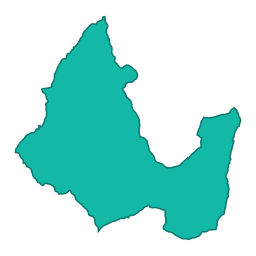 outline of Tasco, Boyacá, Colombia
{"feature_id": "7082276B19242876050337", "entity_name": "Tasco", "entity_type": "district", "adm_level": 2, "iso_a3": "COL", "parent_name": "Colombia", "parent_adm1": "Boyacá", "projection": "natural_earth1", "projection_center": [-72.717, 5.898], "detail": "fine", "context": "isolated", "style": "filled", "palette": "teal", "viewbox_px": 256, "rotation_deg": 0, "n_neighbors": 0, "source": "geoboundaries", "source_scale": "gbopen_adm2", "svg_char_len": 5792}
<svg xmlns="http://www.w3.org/2000/svg" viewBox="0 0 256 256"><path d="M45.8,183.0L47.6,183.9L49.2,184.0L50.9,184.4L51.5,184.9L51.9,185.7L52.8,185.9L53.4,186.3L53.9,187.1L54.7,187.8L54.5,188.8L55.3,191.1L56.2,191.7L57.7,191.9L59.0,194.2L60.2,193.9L62.0,194.0L65.4,193.4L67.6,192.1L69.1,190.5L69.9,190.4L70.3,190.7L71.6,193.4L74.0,194.9L74.9,195.8L75.9,199.4L76.6,200.5L81.5,204.5L82.3,205.6L83.6,206.7L84.7,207.9L86.0,208.8L86.7,209.5L88.0,211.7L88.7,214.3L89.4,215.5L90.9,215.6L91.3,216.2L91.8,216.1L93.0,216.6L94.3,217.9L94.5,218.7L95.3,224.1L95.7,224.7L98.0,227.2L98.3,228.5L98.3,231.2L99.9,229.2L103.4,225.9L109.6,222.9L111.0,222.0L116.4,220.5L119.7,218.7L121.7,218.3L124.1,218.5L124.8,218.3L125.3,217.4L126.5,216.9L126.8,216.9L127.7,217.6L128.2,217.8L128.7,217.7L129.0,216.4L129.6,216.0L130.0,215.7L133.6,215.1L134.7,214.5L138.0,212.5L140.0,210.5L142.3,209.6L143.5,208.0L145.2,206.8L148.2,205.6L149.2,205.5L149.8,207.0L151.7,207.7L152.9,207.8L155.1,207.4L159.7,208.5L163.1,210.0L165.2,210.1L165.2,216.0L165.7,218.0L165.8,219.2L165.7,221.1L166.1,222.4L164.3,225.2L163.3,227.1L163.3,228.5L163.9,229.2L168.4,231.8L171.1,232.1L172.2,232.6L175.9,235.4L182.8,238.8L186.6,238.7L188.5,239.4L189.0,239.4L191.5,238.2L194.7,237.7L198.7,236.1L199.6,235.5L201.0,233.9L201.5,232.2L202.0,231.9L206.2,231.7L207.6,231.0L208.7,230.0L214.9,229.6L216.0,229.3L216.2,228.5L216.3,226.8L216.8,226.1L217.1,224.9L217.2,223.8L217.0,222.2L218.4,219.0L220.8,216.3L221.1,215.5L221.5,215.1L223.5,214.4L224.2,213.6L224.5,210.2L224.9,209.6L225.0,208.5L225.4,207.9L225.8,206.1L225.6,204.9L226.2,203.3L226.2,202.1L226.6,201.4L226.9,199.1L227.4,197.3L228.1,197.2L228.4,196.4L228.3,195.3L227.8,194.0L227.9,193.7L228.4,193.3L228.4,192.5L228.1,192.0L228.6,191.4L228.5,190.4L229.1,188.9L228.6,188.0L228.6,186.8L228.1,185.8L228.1,184.4L227.7,183.9L227.5,183.2L227.6,182.4L227.9,181.3L227.2,179.8L227.3,179.1L226.5,178.6L225.9,176.6L225.9,175.9L226.6,173.7L227.5,172.4L227.5,171.1L228.0,170.3L227.8,168.9L228.4,166.5L228.7,164.1L229.8,163.1L229.8,162.1L229.5,161.3L229.5,160.8L230.7,159.5L230.7,158.8L230.0,157.8L230.1,157.0L229.9,156.0L230.6,154.5L230.7,153.2L231.2,150.8L231.8,149.5L232.9,144.3L233.4,143.2L233.2,142.0L233.9,141.6L233.7,140.6L232.8,139.9L232.4,139.3L233.9,136.9L234.1,134.6L235.3,131.2L235.9,130.3L237.6,127.0L239.2,126.0L239.6,123.6L240.6,121.0L240.6,120.0L239.8,117.7L238.9,117.0L238.8,115.5L238.6,115.4L238.7,115.0L238.0,113.8L238.0,113.3L237.7,113.1L237.8,112.6L237.3,112.6L237.2,111.7L236.7,110.1L236.2,109.6L235.3,109.5L235.0,109.1L234.8,108.3L234.3,107.8L232.1,109.1L231.3,109.7L230.4,111.1L229.8,112.8L228.9,113.4L225.1,114.4L221.6,114.7L212.5,117.5L209.4,117.9L207.9,117.9L206.5,117.6L204.7,117.6L203.8,117.2L201.3,121.8L200.0,126.6L197.7,132.3L197.1,135.0L198.8,135.8L199.5,136.4L200.0,137.2L201.6,138.0L200.8,142.0L201.1,147.1L198.8,148.0L191.2,154.8L190.0,156.3L189.6,157.6L188.7,158.6L187.8,157.6L181.9,163.3L179.5,165.3L178.4,165.8L170.9,167.8L169.0,167.9L167.6,167.8L165.2,166.8L161.8,163.8L156.7,162.2L155.1,160.4L154.1,156.9L153.5,155.7L149.4,150.8L148.7,148.2L148.3,145.7L147.4,143.0L147.3,141.5L146.8,140.6L145.2,138.9L144.0,137.9L141.2,137.0L140.0,137.0L139.3,133.2L139.1,129.6L139.8,124.6L139.3,122.3L139.2,120.0L138.2,117.1L135.6,112.7L135.1,112.4L134.6,111.6L132.9,109.8L132.0,107.2L131.8,104.5L130.7,100.8L128.0,98.2L127.3,97.9L127.2,97.4L126.7,97.1L126.6,96.5L126.4,96.4L126.3,95.8L125.5,94.1L125.4,93.4L124.2,92.4L123.9,91.7L124.0,91.2L123.0,90.2L122.4,89.0L122.6,88.5L123.1,88.3L123.3,87.7L123.9,87.4L124.3,87.4L124.9,86.9L125.3,85.7L125.3,84.8L125.6,84.7L125.7,84.3L125.9,84.3L126.0,83.5L127.2,83.0L127.5,82.3L132.0,82.1L133.6,81.0L134.6,79.7L136.3,78.8L137.0,77.6L137.0,77.0L137.6,75.3L137.4,74.0L135.5,70.3L135.1,70.4L134.4,70.1L132.5,68.0L130.0,66.2L128.0,65.1L126.4,65.1L125.2,65.9L124.3,66.0L122.7,68.3L122.1,68.0L121.0,68.0L120.2,67.8L119.0,66.7L117.8,65.1L117.5,64.2L117.0,64.0L116.3,63.2L115.1,62.3L114.8,61.6L114.7,60.6L115.1,58.6L114.9,56.8L113.3,56.0L112.5,55.1L112.3,53.8L111.8,53.2L111.7,51.6L111.9,50.6L111.9,47.4L111.3,46.2L110.5,45.5L110.3,45.2L109.7,42.8L109.3,40.4L109.4,39.1L108.2,38.1L108.1,37.7L108.1,36.8L107.9,36.0L107.2,34.8L106.6,33.3L106.2,30.4L107.6,26.6L107.6,25.3L106.7,23.5L105.9,22.7L105.4,21.4L105.1,19.3L104.8,19.3L105.1,18.3L104.8,16.6L103.1,17.0L102.6,17.6L102.3,19.3L101.7,20.5L99.9,20.8L98.0,21.7L95.9,24.1L94.4,24.2L92.8,23.7L92.0,23.9L91.0,24.6L87.1,28.5L83.9,32.0L82.6,34.7L82.3,36.5L81.8,37.2L80.4,38.4L79.7,40.4L78.5,42.0L77.4,44.2L75.1,46.7L73.6,47.1L73.3,48.7L72.8,49.4L71.7,50.2L70.3,52.7L69.5,53.2L67.3,54.0L66.2,58.0L65.8,58.6L65.5,58.8L64.7,58.5L63.1,59.0L62.3,59.4L61.5,60.3L60.7,62.2L59.5,63.7L58.9,65.2L57.5,67.6L57.1,69.4L54.8,73.6L54.5,75.3L54.4,78.1L54.1,79.7L53.5,81.2L51.5,84.7L51.8,86.5L51.4,87.1L49.7,87.5L48.3,88.1L45.3,88.3L41.8,89.1L41.9,89.7L43.0,92.3L45.3,94.0L45.8,94.6L46.1,95.9L46.3,98.0L47.3,99.6L48.0,101.2L47.8,102.3L46.4,103.1L45.8,103.8L45.8,104.7L46.4,108.1L46.1,109.5L46.1,110.5L46.9,112.3L46.5,114.8L46.3,117.3L45.4,117.9L45.0,118.5L44.1,122.2L41.8,126.7L41.0,127.0L40.1,125.6L39.5,125.5L38.9,125.7L38.5,126.7L39.0,128.1L39.0,128.5L38.7,129.0L38.3,129.1L37.0,128.9L36.4,129.2L36.2,129.6L35.9,130.8L34.2,132.3L33.4,132.6L31.0,132.8L29.8,133.4L28.4,134.7L27.3,134.8L26.5,135.2L25.2,136.7L24.6,138.1L20.3,142.5L18.2,145.4L17.3,147.5L15.8,149.2L15.4,152.3L15.8,152.7L17.5,152.7L18.5,153.0L19.1,153.4L19.6,154.3L20.6,157.4L22.4,158.9L23.1,160.1L23.4,161.4L23.3,163.1L24.3,162.9L24.8,163.1L25.8,164.2L26.9,166.6L28.4,167.3L29.7,167.7L30.2,168.6L31.3,169.8L31.8,171.5L31.8,172.2L32.5,173.4L32.9,175.9L33.7,176.5L34.0,177.8L35.4,178.6L36.8,180.6L37.7,181.3L37.8,182.3L39.7,182.9L40.1,183.3L40.5,183.9L42.5,185.5L43.5,185.2L44.7,183.5L45.5,183.0L45.8,183.0Z" fill="#14b8a6" stroke="#0f766e" stroke-width="1.5"/></svg>